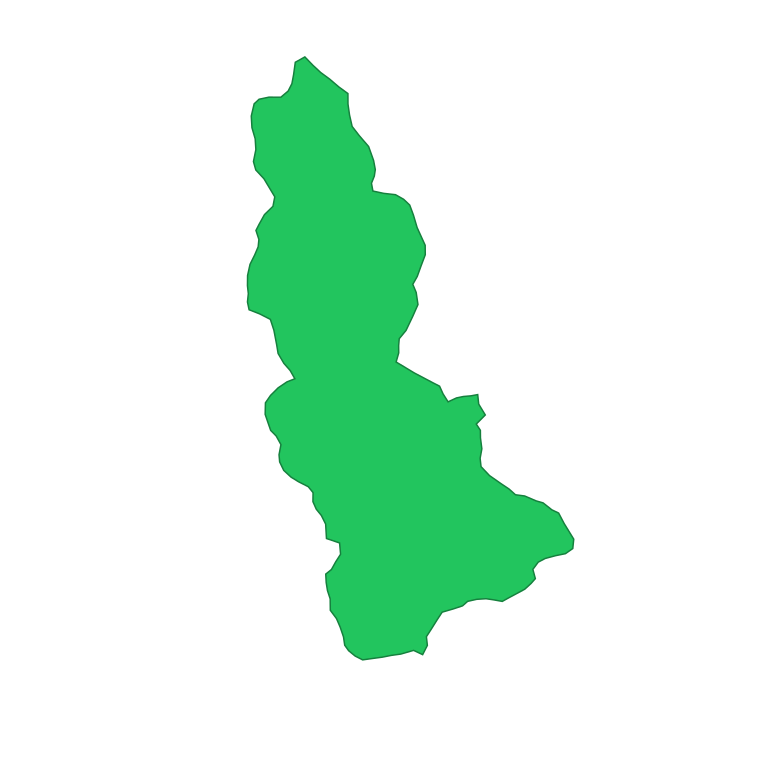 the district of Cedral, São Paulo, Brazil, rotated 297°
{"feature_id": "56859067B54870059140292", "entity_name": "Cedral", "entity_type": "district", "adm_level": 2, "iso_a3": "BRA", "parent_name": "Brazil", "parent_adm1": "São Paulo", "projection": "orthographic", "projection_center": [-49.264, -20.916], "detail": "fine", "context": "isolated", "style": "filled", "palette": "green", "viewbox_px": 768, "rotation_deg": 297, "n_neighbors": 0, "source": "geoboundaries", "source_scale": "gbopen_adm2", "svg_char_len": 2175}
<svg xmlns="http://www.w3.org/2000/svg" viewBox="0 0 768 768"><g transform="rotate(297 384 384)"><path d="M128.5,490.2L135.0,499.5L139.9,506.6L145.5,513.7L151.0,521.6L160.1,531.3L160.4,541.3L170.8,541.3L178.1,536.5L187.9,537.5L198.1,538.4L207.1,539.4L215.1,547.9L222.0,554.7L228.3,557.2L234.2,564.3L239.0,572.4L241.4,579.5L244.0,588.1L250.1,592.2L255.4,595.9L265.1,602.6L273.1,605.6L279.3,607.2L286.4,600.8L295.3,602.3L301.7,606.8L309.0,614.9L315.2,622.7L323.1,626.9L331.9,623.5L341.5,607.8L348.3,598.2L348.1,590.7L350.3,579.7L348.9,572.5L348.1,560.2L345.0,551.4L347.2,543.1L348.3,533.8L350.3,519.6L354.4,508.0L361.4,503.4L370.7,500.6L379.8,494.4L386.5,490.9L390.2,484.4L402.4,488.3L409.1,477.5L417.1,472.3L412.9,466.8L408.9,460.4L404.5,454.9L397.2,449.2L402.0,441.1L407.3,434.5L407.3,427.3L407.6,406.2L409.1,384.8L418.4,383.0L424.9,379.6L431.3,377.0L441.7,379.3L457.3,378.9L470.2,378.2L480.2,371.1L485.9,364.4L494.9,364.8L506.1,363.4L517.9,362.1L526.3,357.7L538.4,342.5L547.9,333.5L555.1,325.7L557.5,317.6L557.9,308.3L553.7,297.1L550.9,286.5L557.2,281.7L564.8,281.0L571.1,278.9L578.5,273.2L588.6,262.5L594.1,249.1L599.0,238.7L608.0,231.2L617.1,224.8L626.4,220.0L628.2,208.8L631.0,197.2L632.8,186.2L635.7,176.0L639.5,165.0L630.4,158.9L618.6,163.0L609.8,165.6L601.5,165.6L592.7,161.9L587.3,151.2L581.0,143.4L574.7,141.1L562.5,144.1L552.4,150.0L544.0,157.9L534.7,163.4L522.9,166.7L516.5,172.6L512.4,183.8L501.2,201.7L491.9,204.4L480.7,200.6L469.6,200.2L462.7,200.2L456.0,206.9L449.1,209.6L440.3,210.2L429.8,210.3L418.7,213.2L409.6,217.7L402.9,222.1L395.1,225.1L388.9,230.1L390.0,241.2L390.0,253.4L381.9,261.5L370.3,270.5L363.1,275.8L356.9,285.5L353.4,294.3L348.2,302.2L341.9,296.6L332.5,291.4L322.4,288.1L313.4,286.9L303.0,291.9L296.1,299.0L291.2,304.1L288.7,311.6L283.2,319.7L273.3,322.6L267.2,326.4L261.5,333.9L258.8,343.5L258.1,352.2L258.1,363.2L255.0,370.1L246.9,374.1L241.7,380.5L238.4,387.9L232.7,395.6L220.2,402.9L222.2,416.6L212.6,422.6L203.6,421.7L194.9,421.4L188.2,418.4L180.9,422.6L174.3,427.4L168.1,433.6L158.0,438.9L153.4,448.2L147.5,455.3L140.3,462.7L133.4,467.6L130.3,473.6L128.5,481.8L128.5,490.2Z" fill="#22c55e" stroke="#15803d" stroke-width="1.5"/></g></svg>